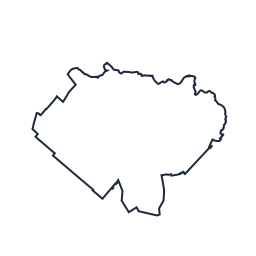 the district of PuketÄpapa Local Board Area, Auckland, New Zealand, rotated 206°
{"feature_id": "76426892B65793329230414", "entity_name": "PuketÄpapa Local Board Area", "entity_type": "district", "adm_level": 2, "iso_a3": "NZL", "parent_name": "New Zealand", "parent_adm1": "Auckland", "projection": "mercator", "projection_center": [174.74, -36.917], "detail": "fine", "context": "isolated", "style": "outline", "palette": "slate", "viewbox_px": 256, "rotation_deg": 206, "n_neighbors": 0, "source": "geoboundaries", "source_scale": "gbopen_adm2", "svg_char_len": 5740}
<svg xmlns="http://www.w3.org/2000/svg" viewBox="0 0 256 256"><g transform="rotate(206 128 128)"><path d="M39.4,163.6L39.6,163.7L39.6,163.4L39.7,163.2L40.1,163.0L40.5,163.0L40.7,163.3L40.9,163.2L41.3,163.3L42.8,163.9L42.7,164.7L42.8,165.1L42.9,165.5L43.3,166.1L43.4,166.4L43.1,166.9L42.8,167.1L42.8,167.5L42.2,168.1L41.9,168.9L41.9,169.3L41.9,169.5L42.3,170.0L42.2,170.6L42.3,170.8L42.4,171.3L42.9,172.2L43.1,172.8L43.1,173.2L43.0,173.5L42.5,174.2L42.5,174.5L42.7,175.0L42.7,176.7L42.9,177.1L43.0,177.2L43.3,177.1L43.5,178.0L44.0,178.5L44.5,178.7L44.5,178.8L44.6,179.1L44.5,179.9L44.6,181.0L44.9,180.9L45.3,181.6L46.6,183.0L46.9,183.7L47.0,183.7L47.0,184.0L47.4,184.8L48.2,186.2L49.5,187.6L50.7,188.5L51.6,188.9L52.5,189.1L53.6,189.4L54.1,189.4L55.1,189.5L56.0,189.4L56.7,189.2L57.2,189.2L57.9,189.4L60.3,190.8L60.6,190.9L61.4,190.9L61.7,191.0L62.0,191.2L62.0,191.8L62.1,192.1L62.8,193.3L63.2,193.7L64.1,194.3L63.8,194.9L64.2,195.6L64.7,196.0L65.1,196.2L66.1,196.5L66.8,196.8L67.3,196.7L67.8,196.5L68.1,196.3L68.5,196.3L69.6,196.8L70.7,197.1L71.0,197.1L71.2,196.9L71.9,196.0L72.3,195.6L72.6,194.5L73.4,194.0L74.6,193.7L75.8,193.8L76.9,194.0L77.7,194.0L78.2,194.1L78.9,193.9L79.4,193.4L79.4,193.1L79.6,192.6L79.8,191.7L79.9,191.4L80.2,189.9L80.5,189.0L80.9,188.2L81.4,187.7L81.7,187.5L82.4,187.5L82.6,187.6L82.9,188.0L82.9,189.1L83.1,189.8L83.1,190.2L83.2,190.4L84.4,191.4L85.1,191.8L85.8,192.5L86.3,192.9L86.7,193.4L86.6,193.5L87.0,193.9L87.3,194.3L87.5,195.0L87.5,195.5L87.4,195.5L86.9,195.8L86.4,196.1L86.4,196.3L86.7,197.0L88.1,198.1L88.8,198.9L89.2,200.0L89.3,200.8L89.5,201.4L89.5,201.9L89.4,202.4L89.5,202.7L89.7,202.9L90.4,203.2L91.0,203.3L91.8,203.0L93.2,202.8L93.8,202.5L95.1,202.1L95.5,202.3L95.9,202.2L96.0,202.1L96.1,201.8L96.8,201.3L96.7,201.2L96.9,201.2L97.0,201.2L97.2,200.7L97.3,200.8L97.5,200.5L97.8,200.5L97.9,200.2L98.3,200.1L98.5,199.8L98.7,199.6L99.2,198.7L99.9,197.1L99.9,196.6L100.0,195.8L100.1,195.1L100.0,194.4L100.1,194.0L100.4,193.0L100.7,191.5L101.2,190.6L101.6,190.0L102.1,189.5L102.5,189.3L103.2,189.2L104.9,189.3L106.0,189.2L106.7,189.3L106.9,189.3L108.8,189.5L109.5,189.7L109.9,190.1L110.5,189.9L110.9,189.7L111.6,189.7L112.0,189.5L112.5,189.8L112.9,189.6L113.0,189.2L113.5,188.8L113.6,188.6L113.7,188.4L113.6,188.0L113.3,187.6L114.3,186.4L114.4,186.0L114.5,185.5L114.6,185.4L115.1,185.0L115.5,184.8L115.8,184.7L116.3,184.8L116.8,185.2L117.2,185.1L117.7,184.5L118.7,183.0L119.4,181.7L119.7,181.4L120.0,180.9L121.5,181.1L123.0,181.6L124.8,182.3L125.9,182.9L127.0,183.7L127.4,184.1L128.3,184.9L128.4,185.0L128.6,185.1L128.9,185.7L129.0,185.7L129.4,185.6L130.0,185.0L130.4,184.7L130.6,184.5L130.9,184.8L131.1,184.8L133.3,183.7L134.4,183.2L135.5,182.7L135.8,182.8L136.5,182.4L137.3,181.7L138.1,181.0L138.5,180.9L138.6,181.0L138.8,181.2L138.8,181.7L138.9,181.9L139.2,182.0L139.5,182.0L140.1,181.8L140.2,182.1L140.5,182.3L140.9,182.1L141.4,181.7L142.3,181.1L142.6,181.1L142.7,181.3L142.7,181.7L142.8,181.9L143.1,182.1L143.6,182.3L144.0,182.6L144.7,182.3L145.2,182.0L146.0,181.4L146.9,180.7L149.4,179.3L149.9,179.1L150.4,179.0L151.3,178.9L156.7,176.6L157.1,175.5L157.4,175.3L157.5,175.0L157.8,174.1L158.3,174.0L159.0,173.9L160.5,174.2L160.8,174.5L160.9,174.8L161.3,175.2L161.8,175.5L162.0,175.6L162.6,175.5L162.9,175.2L163.5,174.9L164.1,174.9L165.1,174.4L165.6,174.4L166.1,174.3L166.5,174.3L167.6,174.7L168.0,174.8L168.4,175.2L168.7,175.4L169.8,175.9L171.4,176.3L172.1,176.6L173.3,176.8L174.3,177.2L175.4,177.3L175.7,177.2L175.6,176.9L175.3,176.7L175.5,176.4L176.5,175.1L176.9,174.7L177.0,174.6L177.0,174.3L176.8,173.8L176.8,173.2L176.7,172.8L176.4,172.3L175.7,171.7L175.4,171.3L174.8,170.8L174.1,170.5L173.6,170.4L172.7,170.3L171.9,170.5L172.6,169.5L173.4,168.9L174.3,164.3L174.9,163.9L175.2,163.6L175.7,163.2L176.4,162.5L176.5,162.2L176.4,162.2L176.8,161.4L176.9,161.0L176.9,160.7L177.2,159.9L177.4,159.9L177.6,160.1L177.5,160.5L177.9,160.8L178.2,160.7L178.3,160.6L178.3,160.3L178.9,159.9L179.6,159.7L180.7,159.1L181.6,158.7L182.4,158.2L183.0,157.9L183.8,157.7L184.2,157.7L184.5,157.6L185.5,157.6L186.2,157.7L186.6,157.6L186.8,157.7L187.1,157.9L188.0,157.8L188.6,158.0L188.8,158.0L189.6,157.8L189.8,157.6L190.1,157.5L190.7,157.4L191.3,157.6L191.6,157.9L191.8,158.0L192.4,158.0L192.9,158.2L193.5,158.2L193.7,158.5L194.2,158.4L194.6,158.6L195.3,158.9L195.6,158.9L196.0,159.0L196.3,159.2L196.5,159.3L197.1,159.1L197.5,159.0L198.3,159.4L198.8,159.4L199.3,159.7L199.7,159.7L200.0,159.5L200.8,159.3L201.3,158.8L201.7,158.5L202.0,158.1L202.8,157.7L203.3,157.3L204.2,156.2L204.4,155.7L204.8,155.1L204.9,154.8L205.1,153.5L205.3,152.7L205.4,152.3L205.5,151.8L205.5,150.8L205.7,149.9L203.4,148.6L194.0,144.0L196.7,135.0L197.6,125.0L197.9,123.0L205.8,125.2L205.8,124.8L205.9,123.7L206.6,120.3L209.6,109.3L210.1,109.1L212.0,101.4L212.3,101.4L213.6,101.7L213.6,101.4L215.0,101.8L216.6,101.5L215.9,97.8L215.7,96.6L214.6,90.3L214.0,88.2L213.4,85.2L206.9,83.2L206.5,82.9L207.3,79.6L201.9,78.1L192.8,75.8L187.0,74.2L182.7,73.2L183.4,70.3L156.5,63.4L149.1,61.5L132.1,57.2L132.3,56.4L120.0,53.2L116.4,67.0L115.7,66.7L115.6,67.2L115.2,67.1L115.0,67.5L116.2,67.9L114.9,72.8L114.2,72.5L113.8,73.6L113.4,74.4L114.3,75.2L113.9,76.4L113.9,76.8L108.8,72.2L105.3,68.9L102.2,60.9L102.0,60.0L96.6,56.6L90.3,52.7L85.6,60.4L81.8,57.9L63.7,62.1L61.9,63.8L61.6,64.2L64.8,69.4L64.4,75.4L64.3,78.4L65.3,80.9L68.2,87.7L68.6,88.5L73.4,95.1L77.2,100.3L75.5,101.3L73.0,103.3L71.4,103.5L68.9,105.3L68.2,104.3L67.8,104.6L67.2,104.8L61.0,109.4L61.4,109.9L60.3,110.8L60.5,111.1L59.5,112.1L59.3,112.8L58.0,112.5L58.1,112.0L56.7,111.6L46.3,145.4L45.4,145.8L44.9,147.6L44.9,148.2L46.8,147.1L47.0,154.6L46.8,154.9L44.9,154.6L43.1,155.0L40.2,156.3L39.6,158.7L40.8,159.0L40.5,159.9L40.3,159.8L39.4,163.6Z" fill="none" stroke="#1e293b" stroke-width="2"/></g></svg>